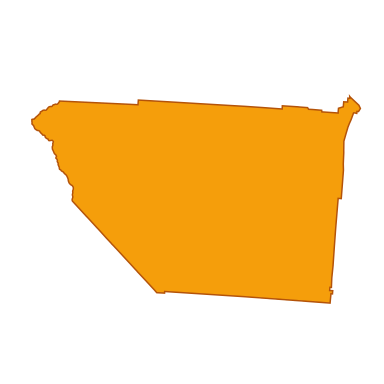 the district of San Bernardino, California, United States of America, rotated 183°
{"feature_id": "52423323B23069932539838", "entity_name": "San Bernardino", "entity_type": "district", "adm_level": 2, "iso_a3": "USA", "parent_name": "United States of America", "parent_adm1": "California", "projection": "orthographic", "projection_center": [-115.127, 34.84], "detail": "fine", "context": "isolated", "style": "filled", "palette": "amber", "viewbox_px": 384, "rotation_deg": 183, "n_neighbors": 0, "source": "geoboundaries", "source_scale": "gbopen_adm2", "svg_char_len": 3563}
<svg xmlns="http://www.w3.org/2000/svg" viewBox="0 0 384 384"><g transform="rotate(183 192 192)"><path d="M310.9,176.6L295.8,161.8L295.7,161.8L285.1,151.4L283.6,150.0L274.7,141.1L269.9,136.5L269.5,136.0L267.4,134.1L265.7,132.4L264.4,131.2L254.7,121.7L251.8,118.9L246.3,113.5L244.2,111.4L243.9,111.2L243.0,110.3L242.9,110.2L242.3,109.5L234.6,102.1L223.7,91.5L223.6,91.3L221.9,89.6L214.1,89.6L214.1,91.2L134.1,90.2L48.3,88.3L47.9,97.7L46.4,97.6L46.3,100.8L49.4,100.8L49.3,104.0L47.8,104.0L47.9,113.4L47.3,125.6L47.0,144.6L46.6,163.7L45.7,193.3L42.6,193.2L42.2,209.1L41.9,221.7L42.4,228.1L42.5,239.1L42.7,242.4L42.7,243.0L42.8,245.4L43.0,250.7L42.0,255.0L41.3,258.1L39.9,263.9L39.9,264.2L38.4,268.7L37.3,271.5L36.7,273.2L34.8,279.4L33.6,279.5L31.6,279.1L31.5,279.5L31.5,281.1L29.9,281.1L28.2,284.2L29.9,287.4L38.9,295.0L39.5,295.7L39.3,293.8L41.2,293.9L41.3,290.0L45.2,290.0L45.4,285.0L50.1,283.3L50.2,280.1L50.2,278.5L53.2,278.6L66.5,278.8L66.8,280.4L67.0,280.4L75.9,280.7L79.9,280.7L81.0,282.3L89.2,282.5L90.6,282.6L106.3,282.8L106.3,279.6L125.1,280.0L143.6,280.3L162.5,280.4L190.8,280.6L216.8,280.8L250.4,281.0L250.5,276.3L258.4,276.3L329.1,275.9L329.2,275.1L329.3,275.0L329.7,274.5L329.9,274.1L330.4,273.4L330.8,272.9L331.2,272.6L331.7,272.5L332.1,272.5L333.1,272.6L334.1,272.0L335.0,271.8L335.2,271.7L335.7,271.1L336.1,270.4L336.4,270.1L336.8,270.0L337.9,270.0L338.9,269.7L339.3,269.5L340.0,268.8L341.7,266.4L342.2,266.0L343.3,265.9L343.9,266.1L345.2,265.7L346.1,265.0L346.4,264.6L347.3,264.2L347.6,264.0L347.8,263.5L347.7,262.6L347.7,262.4L347.9,262.3L348.6,261.8L348.9,261.6L349.2,261.1L350.8,259.5L351.9,258.5L352.0,258.3L352.1,258.2L352.2,257.9L352.3,257.7L352.9,257.4L353.1,257.2L353.2,256.8L353.3,256.6L353.5,256.5L353.8,256.5L354.1,256.5L354.6,256.3L354.8,256.3L355.4,256.3L355.6,256.1L355.7,255.9L355.8,255.6L355.7,255.3L355.5,254.7L355.5,254.4L355.6,254.0L355.4,253.2L355.3,252.4L355.4,251.9L355.4,251.6L355.1,251.3L353.7,250.0L352.6,247.7L352.3,247.1L351.9,246.7L351.5,246.4L351.1,246.1L350.6,246.0L349.9,245.4L348.6,245.3L347.5,244.9L347.2,244.6L346.8,243.8L345.8,242.8L345.5,242.6L345.1,242.3L344.1,241.1L343.8,241.0L342.7,241.0L342.1,240.7L341.9,240.6L341.8,240.4L341.6,240.1L341.6,239.4L341.3,239.0L340.8,238.4L339.8,237.8L339.2,237.5L338.5,237.3L338.1,236.4L337.9,236.2L337.7,235.9L337.3,235.8L337.1,235.8L335.9,236.0L335.2,236.2L334.3,236.3L334.1,236.2L333.8,235.9L333.1,235.1L333.1,234.8L333.1,234.7L333.4,233.8L333.6,233.2L333.4,231.8L333.5,231.0L333.6,230.7L333.9,229.8L333.8,228.8L333.6,227.4L332.8,226.0L331.4,223.1L329.9,221.9L329.2,220.7L329.2,220.3L329.2,220.2L329.4,219.9L329.6,219.7L329.7,218.7L329.3,218.3L328.4,217.5L328.1,216.6L328.1,216.4L328.2,215.7L328.1,215.3L327.9,214.8L327.4,214.3L327.2,214.0L327.2,213.7L327.1,213.4L327.2,213.0L327.2,212.8L327.2,212.7L327.0,212.2L326.9,212.0L326.9,211.7L326.3,210.6L326.0,210.0L325.7,208.9L325.7,208.3L325.5,207.9L325.4,207.7L325.2,207.6L324.9,207.5L324.5,207.4L324.1,207.0L323.7,206.4L323.2,206.1L322.6,205.7L322.0,205.5L321.4,205.1L321.0,204.7L320.9,204.4L320.6,204.0L320.2,203.6L319.3,203.0L318.7,202.5L318.2,201.9L317.7,201.2L316.6,199.0L316.2,197.7L316.1,196.7L315.6,195.5L315.1,194.5L314.6,193.9L313.9,193.3L313.6,193.0L312.2,192.3L311.8,191.9L311.2,191.2L310.9,190.5L310.8,190.3L310.7,189.1L310.7,188.8L310.8,188.1L311.2,186.8L311.2,186.3L311.0,185.3L311.0,185.0L311.1,184.3L311.3,183.4L311.3,183.0L311.3,182.8L311.1,182.1L310.8,181.3L310.8,180.6L310.8,180.2L311.2,178.9L311.3,178.3L311.3,177.7L311.2,177.4L310.9,176.6Z" fill="#f59e0b" stroke="#b45309" stroke-width="1.5"/></g></svg>